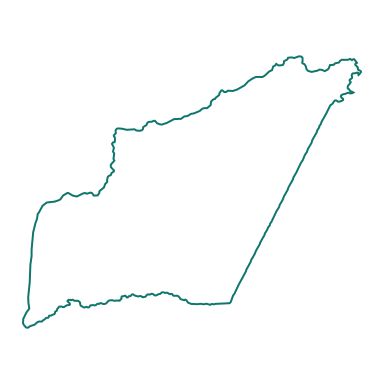 outline of Chahal, Alta Verapaz, Guatemala
{"feature_id": "79465075B23943610665473", "entity_name": "Chahal", "entity_type": "district", "adm_level": 2, "iso_a3": "GTM", "parent_name": "Guatemala", "parent_adm1": "Alta Verapaz", "projection": "orthographic", "projection_center": [-89.573, 15.738], "detail": "fine", "context": "isolated", "style": "outline", "palette": "teal", "viewbox_px": 384, "rotation_deg": 0, "n_neighbors": 0, "source": "geoboundaries", "source_scale": "gbopen_adm2", "svg_char_len": 5864}
<svg xmlns="http://www.w3.org/2000/svg" viewBox="0 0 384 384"><path d="M215.1,303.9L229.6,303.2L230.8,301.9L233.1,295.5L234.4,293.8L238.7,284.7L245.9,271.4L246.4,269.6L250.6,262.0L251.1,260.1L254.4,254.6L256.1,250.5L259.8,244.1L260.1,242.7L264.6,234.8L264.9,233.4L266.9,230.3L268.4,226.9L269.7,225.7L270.0,223.9L271.5,221.7L276.5,211.2L279.2,206.9L279.7,204.9L282.6,200.0L284.0,196.3L287.6,190.0L288.5,187.3L292.9,179.5L293.4,177.5L296.3,172.6L300.6,163.5L302.9,159.9L304.8,155.1L307.0,151.8L307.7,149.4L311.5,142.9L312.3,140.1L316.7,132.4L317.3,130.4L319.2,127.3L319.3,126.1L320.6,124.5L321.6,121.8L326.3,113.4L330.2,105.5L330.6,105.1L331.5,104.5L332.2,104.0L332.9,103.3L333.4,102.2L334.7,100.6L335.5,100.4L336.1,100.4L336.8,100.8L337.4,101.1L338.0,101.6L338.8,101.7L339.7,101.6L342.2,100.6L343.0,100.1L343.2,99.6L343.0,98.9L342.4,98.3L341.8,97.9L341.4,97.5L341.0,96.7L340.9,96.2L341.2,95.4L341.9,94.9L342.5,94.5L343.1,94.3L345.4,93.8L347.3,93.0L347.9,92.8L348.8,92.8L349.6,93.3L350.1,93.4L352.2,93.2L353.4,92.5L352.7,92.1L350.1,91.0L349.6,90.3L349.3,89.5L348.6,89.0L348.0,88.6L347.7,88.1L347.7,86.8L348.0,85.8L350.3,83.0L350.7,82.1L350.1,81.5L349.7,80.9L349.6,80.2L349.9,79.6L351.5,78.5L352.0,78.0L352.1,77.2L351.8,75.7L351.8,75.0L352.0,74.2L352.7,73.5L353.9,73.3L355.5,73.2L356.7,72.7L357.3,72.6L358.0,72.7L358.4,73.5L358.3,74.4L358.5,75.0L359.0,74.6L360.7,72.5L361.0,71.9L360.8,71.3L360.3,70.8L359.5,70.3L358.7,70.1L358.0,69.5L357.9,69.0L357.8,67.4L357.5,67.0L356.8,66.5L356.3,65.8L355.8,65.2L355.2,64.7L355.3,64.1L355.7,63.4L356.2,63.1L356.9,62.8L354.3,59.3L353.4,59.2L351.9,60.1L350.1,58.9L347.9,59.8L341.8,59.8L340.3,60.6L338.9,62.5L334.9,63.4L333.8,64.8L330.0,65.1L328.8,68.3L327.6,69.6L324.8,71.1L321.6,69.8L319.5,69.6L317.3,70.7L311.7,71.9L308.3,71.0L306.7,69.6L305.5,65.6L304.1,64.0L302.5,63.3L302.2,62.5L302.6,60.8L302.5,57.8L301.4,56.6L299.0,56.3L294.2,58.0L291.7,57.4L288.1,57.7L287.3,59.5L284.0,61.2L283.8,63.5L282.8,65.0L281.6,65.2L278.7,65.5L277.5,64.8L276.2,63.9L275.0,65.6L273.2,66.5L272.0,70.2L269.4,71.3L264.7,75.7L262.4,77.0L256.0,76.9L252.4,78.6L248.3,81.3L244.5,85.4L237.2,89.5L232.8,91.0L227.9,90.7L226.2,91.9L224.4,92.1L222.5,90.4L221.4,90.4L219.5,93.0L219.2,95.0L215.7,97.8L214.9,99.0L213.5,99.3L211.9,100.6L211.0,101.8L210.7,105.1L207.1,108.1L203.9,108.2L202.3,108.7L199.7,111.0L193.9,113.4L191.0,113.9L187.6,116.0L184.4,116.4L181.1,118.8L174.1,119.1L166.7,123.0L161.7,124.6L159.4,124.2L157.2,123.3L154.9,120.8L153.4,120.9L152.0,121.7L148.7,121.9L147.3,122.9L146.3,125.2L143.6,126.8L143.2,127.2L143.0,128.9L142.1,130.1L139.9,130.8L136.4,130.5L134.5,129.3L126.8,129.8L121.9,128.7L118.2,128.4L117.0,128.7L116.0,129.6L115.6,130.6L115.8,133.3L113.8,135.3L113.9,136.2L114.9,137.6L115.0,140.2L114.6,142.2L113.2,142.3L112.0,143.9L113.9,147.7L113.0,151.7L114.2,153.3L113.5,158.9L114.3,160.7L111.2,164.2L110.7,165.2L111.0,167.3L114.0,170.5L113.9,171.4L111.6,173.0L110.7,175.2L108.9,175.8L107.8,176.9L107.1,180.0L107.2,182.0L105.1,184.1L104.0,187.4L99.7,190.9L99.2,192.0L99.4,192.8L97.7,195.4L93.9,195.6L91.9,193.0L90.6,192.6L86.9,193.7L85.1,193.0L83.1,193.4L76.8,196.5L72.8,195.6L68.3,193.0L67.4,193.0L63.1,195.5L60.5,199.2L59.1,200.1L54.7,201.6L46.9,202.5L42.6,205.7L38.8,212.7L37.7,214.0L37.0,218.9L35.5,223.0L33.2,232.2L31.6,249.6L31.6,256.1L30.4,264.5L29.7,282.6L28.2,297.3L28.4,302.7L29.3,308.5L26.3,312.7L23.3,318.8L23.0,323.2L23.7,324.7L26.0,327.5L28.1,327.7L29.8,326.3L34.7,324.6L37.2,322.3L39.0,321.5L41.9,321.5L43.0,320.4L44.7,319.3L46.0,318.0L46.9,317.8L47.5,317.8L48.3,317.7L48.7,317.1L48.8,316.5L49.2,315.7L50.0,315.6L51.0,315.6L53.0,314.6L53.6,314.4L54.3,314.1L54.9,313.4L55.0,312.7L55.0,312.0L55.7,311.3L56.3,311.1L56.9,310.5L57.0,309.8L57.2,309.1L57.5,308.6L58.0,308.3L58.4,307.8L58.6,307.2L59.3,306.7L60.1,306.5L60.8,306.5L61.7,306.5L62.3,306.9L63.1,307.1L63.9,307.1L64.5,306.7L65.9,305.8L66.6,305.4L67.4,305.2L68.5,305.0L69.2,305.0L69.8,304.7L69.9,304.2L69.8,303.5L69.1,302.8L68.6,302.3L68.1,301.9L67.5,301.3L67.7,300.6L68.4,300.0L69.0,299.8L69.9,299.8L70.6,300.1L71.2,300.2L72.1,299.8L72.9,299.8L73.4,300.1L74.2,300.7L75.0,300.8L77.6,300.8L78.4,301.0L79.3,301.7L79.8,302.2L80.1,303.2L80.2,303.9L80.4,305.0L80.8,305.7L81.3,306.1L82.1,306.4L82.5,306.7L83.7,307.4L84.5,307.5L85.1,307.3L85.8,307.0L86.3,306.8L86.8,306.9L87.4,307.3L88.2,307.5L89.0,307.3L89.6,306.6L90.1,305.6L90.8,305.3L91.6,305.3L92.4,305.1L93.2,305.1L94.9,305.4L95.8,305.1L96.3,304.7L96.8,304.2L97.6,303.8L98.4,303.8L99.2,303.9L99.8,303.4L100.3,303.2L101.0,303.1L101.8,303.4L102.2,303.7L103.0,303.9L103.6,304.0L105.1,303.9L106.1,303.4L108.2,301.1L109.0,300.6L109.8,300.4L112.1,300.2L113.5,300.6L114.9,300.8L115.4,300.7L116.3,300.5L117.1,300.5L118.7,300.7L119.7,300.7L120.1,299.9L120.6,299.5L121.2,299.1L121.5,298.6L121.4,298.1L121.4,297.5L121.6,296.8L121.9,296.4L122.8,296.3L123.9,296.0L124.6,295.8L125.3,295.7L126.1,296.5L126.5,297.2L127.1,297.5L127.8,297.4L128.2,296.7L128.9,296.2L129.9,296.2L130.7,295.9L131.2,295.2L131.9,294.5L132.8,294.3L133.7,294.7L134.1,295.1L135.1,295.6L136.3,296.0L137.9,296.4L138.5,296.4L139.3,296.3L139.9,296.0L140.5,296.0L141.3,296.3L142.5,297.2L143.3,297.1L144.0,297.0L144.6,296.9L145.6,296.6L146.5,295.4L147.0,294.8L147.5,294.5L148.4,294.4L149.1,294.6L149.6,294.6L151.1,293.9L152.1,293.8L152.6,294.0L153.3,294.3L154.8,295.4L155.7,295.5L156.2,295.3L156.9,295.1L158.2,294.3L159.5,294.0L160.0,294.0L160.9,293.3L161.2,292.9L161.7,292.5L162.2,292.3L163.1,292.3L163.7,292.4L164.4,292.7L165.5,292.9L166.4,292.7L167.4,292.8L168.5,293.4L169.2,293.9L169.9,294.1L170.6,294.1L171.2,293.9L172.0,294.0L172.6,294.7L173.0,295.4L173.8,295.8L174.4,295.8L177.0,295.7L177.9,296.0L178.5,296.4L179.1,297.0L180.0,298.2L180.4,298.9L181.1,299.3L184.3,300.2L185.1,299.6L186.5,300.3L187.9,302.5L191.1,303.9L197.5,304.2L200.4,303.8L203.9,304.3L206.3,303.7L210.2,304.8L211.7,304.0L214.4,304.3L215.1,303.9Z" fill="none" stroke="#0f766e" stroke-width="2"/></svg>